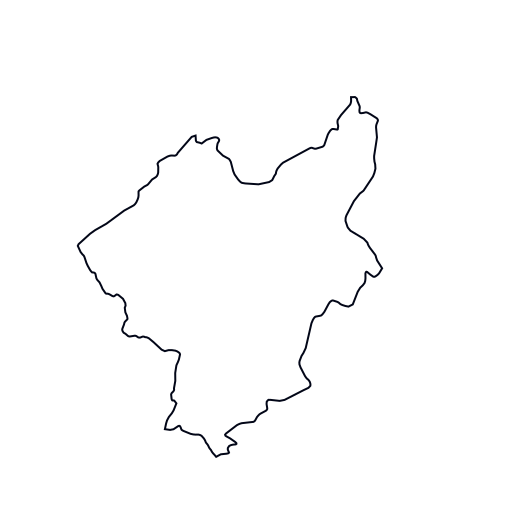 outline of Daykundi, rotated 320°
{"feature_id": "AFG-1753", "entity_name": "Daykundi", "entity_type": "Province", "adm_level": 1, "iso_a3": "AFG", "parent_name": "Afghanistan", "parent_adm1": "", "projection": "robinson", "projection_center": [66.112, 33.734], "detail": "fine", "context": "isolated", "style": "outline", "palette": "ink", "viewbox_px": 512, "rotation_deg": 320, "n_neighbors": 0, "source": "natural_earth", "source_scale": "10m", "svg_char_len": 5165}
<svg xmlns="http://www.w3.org/2000/svg" viewBox="0 0 512 512"><g transform="rotate(320 256 256)"><path d="M430.9,195.4L434.0,197.9L434.3,199.1L434.4,200.3L433.3,202.4L431.7,207.8L431.2,208.6L430.7,209.2L428.9,210.8L427.8,212.3L427.7,213.3L428.2,214.1L430.0,215.3L432.4,216.5L432.7,216.7L433.6,218.0L434.8,221.0L437.1,228.3L437.0,229.7L436.4,230.7L432.9,232.6L431.7,233.5L430.6,234.7L424.9,242.9L421.3,246.1L410.8,255.3L409.3,257.1L407.4,259.9L406.2,262.4L403.6,265.9L400.0,268.5L396.7,270.3L380.7,275.0L379.8,275.1L375.7,274.9L366.3,276.9L351.4,283.0L349.6,284.1L348.9,284.7L347.1,286.7L344.8,292.5L344.6,293.7L344.6,297.4L349.6,312.0L349.9,317.4L349.2,319.1L348.8,320.8L348.5,323.0L348.1,331.4L347.9,332.5L347.6,333.3L347.1,334.2L345.9,337.3L344.7,346.5L339.1,348.4L337.0,348.6L334.3,348.4L333.1,347.9L332.5,347.1L331.6,343.7L330.9,339.7L330.4,339.0L329.8,339.0L328.7,339.6L325.4,343.6L323.5,345.4L321.7,346.5L318.9,347.1L315.4,347.3L310.9,348.8L299.0,355.3L294.3,354.2L292.3,351.7L290.6,349.0L289.9,347.5L289.6,346.5L289.5,345.4L289.2,344.3L288.7,343.2L286.5,339.7L286.0,339.2L285.2,338.9L284.2,338.8L282.8,338.8L280.5,339.5L272.5,342.7L269.9,343.3L267.9,343.5L266.5,342.9L262.8,340.8L262.0,340.6L260.6,340.8L258.5,341.5L255.2,343.2L234.9,358.5L229.9,360.8L226.7,361.8L222.0,364.4L220.8,365.4L219.6,367.0L218.5,370.0L216.4,379.3L216.2,381.2L216.2,382.8L216.5,384.2L216.5,385.7L216.3,387.0L215.7,388.5L214.9,389.7L214.1,390.4L211.4,390.7L206.4,389.4L185.4,384.6L181.0,382.2L174.7,375.6L173.1,374.2L172.1,374.2L170.6,374.5L169.0,376.1L166.9,379.6L166.3,380.4L165.3,380.8L164.1,380.9L158.4,379.7L156.9,379.5L155.0,379.7L153.3,380.0L149.7,381.4L148.6,381.6L147.4,381.4L137.6,374.9L136.0,374.2L134.4,373.7L132.6,373.3L119.0,372.7L117.5,373.0L117.1,373.9L117.3,374.9L118.9,379.0L120.5,385.0L120.7,386.6L120.3,387.3L119.4,387.3L117.1,385.7L115.3,384.8L113.4,384.3L111.2,384.9L110.2,385.8L109.6,387.1L109.3,388.3L108.9,389.3L107.9,389.3L106.5,388.6L101.6,385.3L96.4,384.2L96.4,381.3L96.3,380.2L96.3,378.7L96.4,377.5L96.8,375.7L96.8,373.8L96.9,372.8L97.5,370.5L97.7,369.2L97.7,367.0L97.9,366.1L98.3,365.0L98.6,363.7L98.8,362.1L98.7,358.7L98.1,357.2L97.2,355.9L95.0,354.1L93.3,352.4L91.6,350.2L87.9,343.2L87.3,341.4L87.5,340.5L87.9,339.5L88.2,338.5L88.4,337.5L88.0,336.7L87.1,336.3L81.5,335.7L78.4,334.0L74.9,330.1L79.5,326.5L82.1,324.8L85.8,323.3L90.4,322.4L93.6,321.3L100.3,317.7L100.4,314.9L100.4,314.4L100.2,313.8L99.4,313.2L99.1,312.9L99.1,312.2L99.5,311.2L101.9,307.6L102.3,307.3L102.8,307.0L103.4,306.8L105.6,306.6L106.2,306.4L106.7,306.2L107.2,305.9L107.6,305.4L107.9,304.9L108.4,304.4L113.9,299.8L118.9,293.7L124.5,288.8L125.3,288.3L127.7,287.2L130.3,285.8L134.5,282.6L134.9,281.8L135.0,280.8L134.4,278.6L133.4,276.7L131.2,274.2L128.5,271.9L125.0,270.3L123.5,267.1L122.1,256.0L121.0,250.0L120.0,248.0L118.9,246.9L118.3,245.7L117.9,245.3L117.4,244.9L116.3,244.5L115.3,244.2L114.8,244.0L114.4,243.7L113.8,243.1L113.5,242.7L113.3,242.1L113.1,241.3L112.9,240.5L112.5,239.8L112.0,239.2L107.5,236.5L107.0,235.9L106.7,235.4L106.5,234.9L106.1,232.2L105.9,231.4L105.6,230.5L105.4,230.1L105.3,229.5L105.4,228.7L105.6,227.5L106.1,226.5L106.9,225.8L110.9,223.6L111.8,222.9L112.2,222.6L112.8,222.3L113.5,222.1L116.5,221.8L117.1,221.6L117.7,220.7L118.7,218.9L119.7,215.2L122.2,211.3L124.2,210.2L125.6,208.1L126.6,203.3L125.5,197.3L125.1,196.6L124.4,195.8L122.3,195.7L121.5,195.6L121.0,195.4L120.6,194.9L120.2,194.2L119.3,191.6L118.9,190.7L118.5,190.0L118.0,189.4L117.6,189.0L117.0,188.5L116.8,187.7L117.3,182.5L118.2,179.6L119.2,175.6L119.1,173.4L119.1,171.9L119.4,170.5L121.5,166.5L121.6,165.6L121.2,164.5L120.7,164.0L120.2,163.5L119.9,163.2L119.8,161.9L119.9,160.1L120.8,155.3L121.6,152.4L123.9,146.6L124.3,145.0L124.1,143.2L124.2,140.2L126.0,133.7L127.7,132.9L143.2,132.3L149.5,132.8L162.1,135.1L184.3,136.5L194.9,138.6L196.7,138.5L198.7,138.0L201.7,136.6L203.6,135.4L204.9,134.2L207.2,131.4L207.6,131.0L208.8,130.8L215.0,131.0L218.3,131.7L219.4,131.7L225.6,130.6L230.0,131.2L231.7,131.0L233.5,130.1L234.7,129.2L238.1,125.3L238.7,124.4L239.8,122.1L241.2,121.5L243.3,121.3L252.1,122.9L254.0,123.6L255.3,124.3L256.0,124.8L258.2,126.9L259.1,127.3L260.0,127.4L260.9,127.3L262.4,126.7L283.3,123.4L287.1,124.9L284.1,129.0L283.9,129.8L283.9,130.7L285.5,132.8L286.7,134.9L292.7,135.2L298.0,137.2L300.1,138.2L301.3,139.1L302.3,140.3L302.7,141.4L302.7,142.5L302.4,143.4L301.9,143.9L301.2,144.3L299.4,144.9L298.5,145.4L296.3,147.3L295.2,148.4L294.6,149.5L294.4,150.5L295.2,157.9L297.7,164.3L297.6,165.6L297.2,167.7L293.1,176.3L292.0,179.8L291.5,185.8L291.6,188.6L292.0,190.5L292.7,191.5L294.4,193.5L304.0,202.7L313.6,207.8L317.2,208.3L321.6,206.4L323.6,205.9L324.4,205.5L325.1,204.8L326.6,203.8L328.8,202.9L333.9,202.0L336.7,201.9L366.4,208.0L367.7,208.5L368.5,209.2L369.0,210.1L369.5,210.9L369.9,211.5L370.2,211.8L371.0,212.4L377.3,215.1L378.6,215.1L379.6,214.9L389.0,209.2L390.7,208.5L393.4,207.7L395.0,207.6L395.9,207.7L396.3,207.9L397.0,208.5L399.5,211.4L400.0,211.5L400.4,211.2L400.9,210.7L402.1,209.7L402.6,209.1L403.9,206.6L404.5,205.8L405.2,205.0L406.1,204.3L411.7,202.7L425.5,200.5L427.1,199.6L428.5,198.4L430.9,195.4Z" fill="none" stroke="#020617" stroke-width="2"/></g></svg>